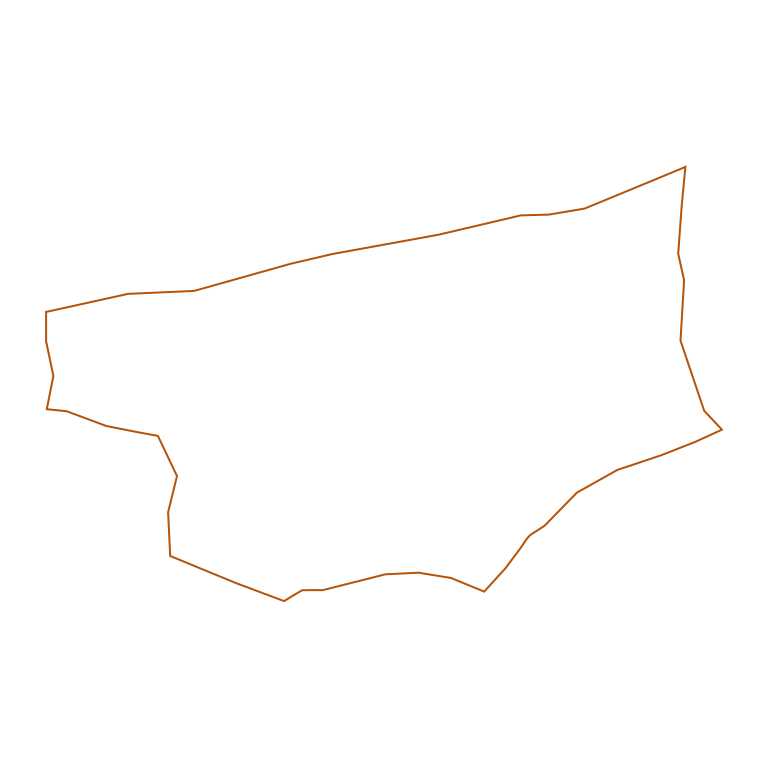 Abdi, Ouaddaï, Chad (Albers equal-area conic projection)
{"feature_id": "50815135B4539380481876", "entity_name": "Abdi", "entity_type": "district", "adm_level": 2, "iso_a3": "TCD", "parent_name": "Chad", "parent_adm1": "Ouaddaï", "projection": "albers", "projection_center": [21.197, 12.922], "detail": "fine", "context": "isolated", "style": "outline", "palette": "amber", "viewbox_px": 768, "rotation_deg": 0, "n_neighbors": 0, "source": "geoboundaries", "source_scale": "gbopen_adm2", "svg_char_len": 742}
<svg xmlns="http://www.w3.org/2000/svg" viewBox="0 0 768 768"><path d="M46.1,311.9L46.1,341.3L53.4,376.0L46.9,408.6L46.8,409.2L52.7,409.8L66.5,411.2L106.3,426.0L137.2,432.1L157.9,435.9L176.9,475.9L177.0,476.0L168.2,511.9L168.1,512.2L170.2,556.0L236.5,583.3L284.1,601.1L293.3,595.4L302.3,590.2L322.8,590.1L385.4,574.3L418.6,572.7L451.0,578.0L484.2,591.6L505.5,568.2L520.6,548.0L526.7,538.9L530.2,535.0L544.5,525.8L576.9,492.6L617.4,469.9L660.8,455.4L695.4,441.8L721.9,429.7L721.6,429.3L704.2,410.8L680.5,340.6L684.1,280.2L678.2,253.7L681.8,204.6L685.4,166.9L639.8,185.8L584.5,208.6L548.7,214.6L520.7,215.4L439.0,234.6L332.4,254.0L290.5,263.8L194.1,290.9L127.8,293.9L46.2,311.9L46.1,311.9Z" fill="none" stroke="#b45309" stroke-width="2"/></svg>